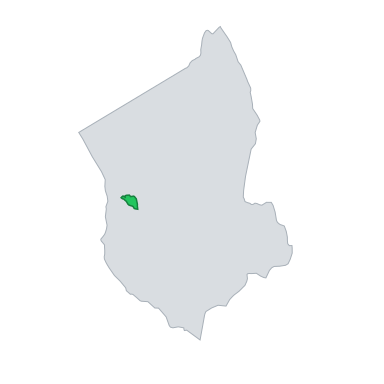 Namutumba highlighted on a map of Uganda, rotated 149°
{"feature_id": "UGA-3073", "entity_name": "Namutumba", "entity_type": "County", "adm_level": 1, "iso_a3": "UGA", "parent_name": "Uganda", "parent_adm1": "", "projection": "robinson", "projection_center": [33.694, 0.883], "detail": "fine", "context": "in_parent", "style": "filled", "palette": "green", "viewbox_px": 384, "rotation_deg": 149, "n_neighbors": 0, "source": "natural_earth", "source_scale": "10m", "svg_char_len": 2694}
<svg xmlns="http://www.w3.org/2000/svg" viewBox="0 0 384 384"><g transform="rotate(149 192 192)"><path d="M258.4,301.4L254.0,301.4L246.7,301.4L239.5,301.4L232.3,301.4L225.1,301.4L217.8,301.4L210.6,301.4L203.4,301.4L196.1,301.4L188.9,301.4L181.7,301.4L174.5,301.4L167.2,301.4L160.0,301.4L152.8,301.4L145.6,301.4L138.3,301.4L134.1,301.4L133.2,301.3L132.6,301.1L129.9,301.7L127.1,303.7L124.1,304.5L120.9,304.2L120.5,304.4L118.8,304.4L116.5,304.2L114.4,304.8L112.8,306.5L111.1,309.6L108.1,313.0L105.8,316.1L103.9,318.3L99.4,321.9L96.9,323.0L95.7,322.8L94.9,322.1L93.5,317.5L92.6,316.8L83.9,319.2L82.5,319.2L82.7,317.8L82.0,306.9L81.9,300.3L83.1,296.1L83.7,291.4L83.8,287.1L85.4,279.9L84.8,275.6L86.9,260.5L87.4,258.1L88.2,250.8L89.5,248.5L90.7,247.6L92.2,243.2L95.0,236.0L97.0,232.3L96.6,224.3L96.9,218.8L97.4,217.6L101.6,215.6L107.2,210.5L109.5,204.5L112.8,200.7L119.2,198.3L138.1,177.8L146.9,166.8L150.7,161.2L150.8,159.2L151.5,156.5L150.0,154.4L148.2,152.5L147.6,150.8L146.0,149.9L143.8,150.0L142.3,148.7L140.6,146.2L138.9,144.7L133.5,144.8L129.4,142.3L129.4,138.8L131.1,132.0L134.2,124.2L134.4,122.1L133.9,120.3L133.2,118.7L131.8,117.1L130.4,115.3L131.5,109.7L133.5,104.2L135.1,101.5L136.6,98.4L136.2,95.9L133.9,94.6L135.1,92.2L137.6,88.0L142.4,83.8L146.6,81.0L149.5,81.0L155.0,83.2L160.0,85.9L162.7,86.0L166.0,84.9L172.9,80.3L174.5,81.7L176.5,84.6L178.7,89.2L183.0,91.4L185.1,92.8L186.6,93.3L187.4,92.9L189.1,89.2L191.1,87.2L194.7,84.7L202.8,82.7L208.6,82.1L211.0,81.6L215.1,80.4L221.6,76.7L228.0,81.5L234.9,82.5L241.6,82.4L243.6,81.0L244.8,79.8L251.8,71.8L261.3,61.0L267.7,76.3L269.9,77.2L269.6,78.5L269.0,79.8L273.2,83.5L278.3,85.4L280.1,87.3L280.3,89.3L278.5,98.2L278.9,100.7L280.5,109.7L283.6,111.7L286.3,120.7L291.7,124.5L292.5,125.6L293.8,129.9L295.4,134.7L296.7,135.8L297.5,136.1L299.1,141.2L298.2,144.0L299.5,152.6L301.5,160.4L302.1,169.6L302.1,173.7L302.0,176.1L301.6,179.7L300.6,181.7L298.8,183.7L296.9,186.8L295.2,190.1L294.2,191.7L295.0,196.7L294.8,198.0L294.3,198.6L291.9,199.4L288.7,200.7L286.8,202.1L284.1,204.6L281.9,207.3L279.0,215.4L274.2,221.6L273.4,223.7L268.9,227.4L266.9,232.0L265.6,237.7L263.8,241.7L260.0,247.3L259.1,256.1L259.3,273.6L258.3,293.6L258.4,301.4Z" fill="#d9dde1" stroke="#a8b0b8" stroke-width="1"/><path d="M247.3,221.6L247.0,219.7L245.2,218.9L244.3,218.6L243.7,217.8L243.3,214.8L245.1,209.6L245.8,208.6L246.3,207.6L246.8,206.4L247.4,205.2L249.3,206.8L250.0,207.6L250.0,209.8L250.4,210.6L251.9,212.2L252.8,213.3L253.2,214.8L253.1,216.5L253.2,218.1L253.8,219.7L254.1,221.1L254.5,221.5L255.1,222.0L255.7,223.6L254.4,224.0L253.2,224.1L251.9,222.0L251.2,223.2L250.0,223.0L248.6,222.3L247.3,221.6Z" fill="#22c55e" stroke="#15803d" stroke-width="1.5"/></g></svg>